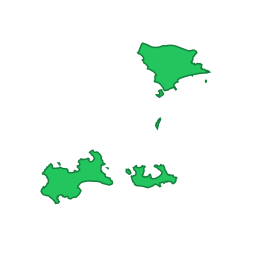 Preah Sihanouk, Krong Preah Sihanouk, Cambodia, rotated 291°
{"feature_id": "14789045B14640150427480", "entity_name": "Preah Sihanouk", "entity_type": "district", "adm_level": 2, "iso_a3": "KHM", "parent_name": "Cambodia", "parent_adm1": "Krong Preah Sihanouk", "projection": "robinson", "projection_center": [103.359, 10.662], "detail": "fine", "context": "isolated", "style": "filled", "palette": "green", "viewbox_px": 256, "rotation_deg": 291, "n_neighbors": 0, "source": "geoboundaries", "source_scale": "gbopen_adm2", "svg_char_len": 5752}
<svg xmlns="http://www.w3.org/2000/svg" viewBox="0 0 256 256"><g transform="rotate(291 128 128)"><path d="M217.0,130.6L214.9,128.5L213.1,124.9L212.3,122.5L212.2,119.5L212.6,116.2L212.5,111.3L211.0,110.7L202.7,110.6L201.8,110.0L201.1,111.2L201.5,111.9L200.9,114.4L199.9,116.6L198.2,118.0L197.7,118.0L197.2,117.7L196.9,117.0L196.6,117.1L196.0,118.2L194.4,119.7L194.3,121.2L193.0,124.0L192.1,124.7L190.2,125.0L190.5,125.7L190.5,126.6L189.9,131.6L188.9,133.6L187.3,135.8L186.2,134.5L182.1,136.2L181.3,135.8L180.8,136.1L181.1,136.4L180.9,138.5L181.2,139.6L180.6,142.2L179.3,144.7L177.6,146.9L176.6,147.6L176.0,148.7L177.0,150.5L177.6,150.6L177.7,151.6L178.1,152.0L179.4,152.7L181.9,155.6L182.1,156.2L181.8,157.4L180.7,158.7L181.1,159.2L181.4,159.3L181.8,158.9L182.2,157.9L182.9,157.5L183.3,155.8L184.4,155.4L186.8,155.8L186.9,156.1L188.1,156.7L188.8,158.1L189.3,158.0L189.6,157.4L190.6,157.1L192.9,158.5L196.6,162.9L200.4,168.2L199.9,169.2L200.5,169.1L201.5,170.1L204.5,175.0L207.9,182.0L209.5,184.2L210.1,182.3L210.1,181.3L209.7,180.9L209.3,181.7L209.0,181.6L208.8,180.8L209.7,180.1L210.1,178.2L209.6,177.2L209.6,175.9L209.9,176.2L210.6,174.6L213.3,174.4L213.6,173.9L213.8,172.7L213.4,172.5L213.8,172.0L213.3,171.4L213.2,169.8L212.4,169.3L212.3,168.8L211.8,168.6L210.9,167.7L211.0,167.3L212.0,166.8L211.2,165.1L211.5,164.2L212.0,164.3L212.1,163.5L212.7,163.7L213.1,163.3L213.7,164.0L214.4,164.1L217.8,163.2L218.8,163.9L221.4,164.4L221.8,164.9L222.8,165.2L223.6,164.8L224.2,163.4L224.3,161.9L224.0,160.7L222.5,158.7L221.6,156.8L221.6,143.7L221.2,140.8L220.6,138.5L219.5,135.9L218.1,133.6L217.0,130.6ZM55.7,65.0L55.2,64.4L54.4,65.0L54.8,67.2L53.7,69.8L53.0,69.8L51.9,71.5L50.3,72.6L47.9,73.2L47.1,72.4L45.5,72.6L42.6,71.4L42.9,70.4L42.0,70.4L42.2,70.1L41.8,69.8L40.8,69.9L39.6,69.4L37.5,69.7L36.4,71.1L35.5,72.9L35.8,76.8L36.3,77.2L36.1,78.9L35.4,80.1L34.4,83.7L33.5,85.0L33.6,85.5L31.7,87.3L31.8,87.7L33.0,89.7L34.3,90.3L34.6,90.2L35.3,88.9L36.6,88.1L36.5,87.2L36.9,86.6L38.1,86.9L38.6,87.5L39.0,87.4L39.3,86.8L41.2,88.7L41.7,89.7L41.4,90.6L41.6,91.3L41.5,91.7L40.8,91.6L40.7,93.3L41.0,94.3L41.8,94.6L42.5,96.4L41.2,97.3L41.0,98.8L41.4,100.0L42.8,100.9L44.0,102.2L44.6,104.0L45.0,104.4L48.1,105.9L50.4,106.4L52.7,106.5L53.5,105.1L54.3,104.2L54.2,102.5L55.7,102.0L56.3,102.4L58.1,102.8L59.9,103.5L61.3,104.8L64.1,109.2L66.8,117.2L67.8,121.3L67.2,123.7L68.1,130.9L69.6,132.8L70.4,133.3L71.2,133.2L72.7,132.3L73.0,130.8L73.5,129.9L74.8,129.0L74.2,128.0L74.6,126.6L74.2,125.2L75.0,123.9L75.8,123.4L76.6,123.4L76.5,122.9L77.1,121.2L76.9,121.0L77.6,119.5L78.2,119.0L77.7,118.8L77.7,118.4L80.6,117.1L82.0,116.8L83.2,116.9L84.1,116.4L84.4,116.5L84.5,116.8L84.1,116.8L84.6,117.4L84.9,118.6L86.2,119.3L86.6,117.1L86.9,116.7L87.9,116.1L88.4,116.1L89.2,114.3L89.9,113.9L91.0,113.8L92.8,112.0L94.4,108.5L94.3,107.1L93.4,106.1L93.3,104.6L94.6,103.3L93.6,102.0L91.4,100.8L91.1,101.0L91.3,101.7L90.9,102.6L89.8,103.7L89.7,105.1L87.8,107.6L85.4,107.2L84.1,106.6L83.1,105.4L83.0,104.6L83.4,103.1L85.2,102.8L85.4,101.5L84.5,100.9L82.5,97.6L82.3,97.1L82.5,96.0L82.3,95.2L81.4,95.0L80.1,93.9L79.2,93.8L78.6,93.9L78.2,95.0L77.2,95.9L76.0,96.0L75.0,95.6L75.0,95.0L74.5,94.5L74.2,95.0L73.8,95.0L73.7,94.6L73.4,94.7L72.8,96.5L71.7,98.0L68.7,96.2L69.4,93.7L68.7,93.2L67.3,93.8L65.5,90.3L65.2,89.1L65.1,88.2L65.8,87.8L66.3,87.1L67.3,86.8L67.8,85.8L67.7,84.4L66.8,82.1L66.9,78.4L65.5,77.5L65.4,76.9L65.0,76.6L65.1,76.0L64.3,74.7L63.7,72.4L63.3,72.1L63.9,71.4L65.9,70.8L66.9,68.8L65.7,68.5L65.3,67.8L63.7,67.7L62.3,66.3L61.2,66.6L59.0,65.3L57.7,65.8L57.2,65.5L56.9,65.6L56.5,65.0L55.7,65.0ZM94.7,148.7L92.8,147.2L92.5,147.8L91.2,148.6L90.7,150.2L89.7,151.3L88.0,151.9L86.8,151.9L86.1,151.3L85.2,150.0L84.5,149.7L84.4,148.5L83.9,148.4L79.8,151.6L79.0,153.4L77.6,154.5L77.3,156.5L78.8,161.8L79.5,168.1L82.8,171.9L85.1,173.1L85.5,174.9L85.3,176.7L84.6,178.4L85.2,179.3L86.9,177.9L88.0,177.6L89.9,179.8L89.4,181.1L89.6,181.7L91.4,182.0L91.6,182.4L91.4,183.6L92.4,184.1L93.3,187.2L93.2,187.8L92.2,189.3L92.3,190.3L93.9,191.3L96.0,191.6L97.8,191.0L98.5,191.4L99.2,191.1L99.2,190.8L98.7,189.2L98.8,188.2L99.1,187.4L99.9,187.3L99.3,184.7L98.9,184.3L99.2,183.4L99.1,182.9L98.8,182.8L98.9,182.0L100.0,180.0L101.3,178.9L101.7,177.8L104.3,176.1L104.9,175.2L105.6,174.8L105.7,174.0L105.3,172.8L105.4,171.8L104.5,172.0L103.5,170.6L103.2,169.5L103.6,169.0L103.3,168.1L103.5,167.4L102.9,166.6L102.4,166.3L101.6,166.4L101.3,169.4L100.4,171.8L100.2,173.4L98.8,175.8L96.3,175.7L93.7,174.4L91.1,172.0L89.8,170.3L89.4,168.6L89.7,167.8L89.5,167.5L89.7,166.9L90.8,166.9L92.7,165.5L92.2,164.7L90.3,164.3L89.6,163.5L89.4,162.9L88.4,162.4L88.7,161.3L88.0,161.0L87.8,160.2L88.2,159.7L88.5,158.6L89.0,158.2L89.6,158.3L89.8,158.6L93.6,158.4L95.9,157.2L96.9,157.2L97.6,157.8L98.0,157.8L98.3,157.0L97.8,155.6L97.9,154.8L96.2,154.5L94.7,152.1L94.4,151.2L94.6,149.7L95.8,149.4L95.4,148.8L94.7,148.7ZM172.0,145.3L169.9,145.2L170.0,144.8L169.5,144.2L169.4,142.7L169.1,142.5L168.4,144.2L168.0,146.2L170.7,148.2L172.1,148.9L172.9,148.7L173.8,147.1L174.7,146.2L175.5,145.8L175.0,144.4L173.4,143.4L173.1,143.5L172.9,144.5L172.0,145.3ZM144.3,153.5L143.0,152.6L141.9,153.1L140.6,152.8L139.6,153.5L137.9,155.7L139.8,155.5L140.7,155.1L141.2,155.3L141.9,154.9L142.8,154.8L144.1,155.2L145.3,155.1L147.5,155.4L148.6,154.5L147.1,153.6L146.5,153.7L145.8,153.3L144.3,153.5ZM88.6,144.0L89.5,144.0L89.7,143.2L88.8,142.0L88.8,141.3L87.1,141.8L86.2,142.4L85.3,145.6L85.8,146.4L87.0,146.8L87.8,145.9L88.6,145.6L88.5,144.3L88.6,144.0ZM200.0,184.4L200.5,183.8L200.3,183.5L199.5,183.6L198.7,184.1L198.8,184.4L200.0,184.4ZM70.7,76.3L70.4,75.4L69.8,76.2L70.4,76.5L70.7,76.3ZM69.8,77.5L69.7,76.7L69.4,76.8L69.1,77.6L69.8,77.5ZM83.5,123.6L83.3,123.0L83.0,124.0L83.3,124.0L83.5,123.6Z" fill="#22c55e" stroke="#15803d" stroke-width="1.5"/></g></svg>